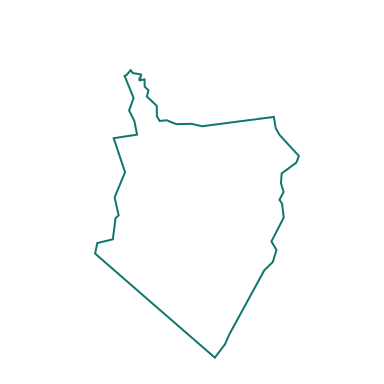 the district of Moore, North Carolina, United States of America, rotated 222°
{"feature_id": "52423323B34987104881159", "entity_name": "Moore", "entity_type": "district", "adm_level": 2, "iso_a3": "USA", "parent_name": "United States of America", "parent_adm1": "North Carolina", "projection": "orthographic", "projection_center": [-79.387, 35.281], "detail": "fine", "context": "isolated", "style": "outline", "palette": "teal", "viewbox_px": 384, "rotation_deg": 222, "n_neighbors": 0, "source": "geoboundaries", "source_scale": "gbopen_adm2", "svg_char_len": 1035}
<svg xmlns="http://www.w3.org/2000/svg" viewBox="0 0 384 384"><g transform="rotate(222 192 192)"><path d="M64.2,84.2L65.6,100.8L69.1,111.6L85.9,182.3L85.1,194.1L90.5,205.5L99.9,208.4L106.7,234.3L117.1,243.5L121.7,244.7L121.9,244.9L122.0,245.2L121.9,245.4L121.9,245.7L122.1,245.8L122.2,246.5L124.0,253.4L131.8,258.1L137.8,265.8L134.1,283.7L136.7,290.3L165.2,293.0L172.6,295.5L181.4,302.6L201.7,278.9L201.9,278.7L202.5,278.0L228.5,247.6L238.0,242.3L249.1,231.9L258.9,228.3L263.5,223.2L268.7,224.7L275.8,232.4L289.5,232.8L292.4,238.5L297.6,238.6L302.6,243.9L305.7,239.9L306.1,240.1L306.3,240.5L306.5,240.6L306.9,241.0L306.3,241.5L306.2,241.7L306.8,242.4L307.5,242.8L307.7,244.5L307.8,244.7L308.2,245.0L308.8,245.1L315.5,240.8L319.1,241.5L318.9,235.2L319.8,233.2L298.3,222.8L293.3,210.5L282.4,206.2L271.2,197.9L286.2,179.6L255.0,161.9L245.9,136.2L230.9,125.6L231.3,121.4L219.2,103.9L228.2,90.7L222.8,81.4L210.9,81.6L210.7,81.6L150.9,82.6L146.8,82.7L144.7,82.7L80.7,83.9L64.2,84.2Z" fill="none" stroke="#0f766e" stroke-width="2"/></g></svg>